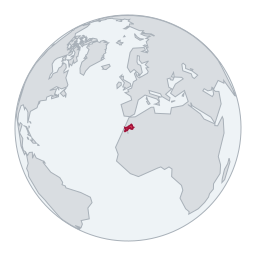 Souss - Massa - Draâ highlighted on a globe, orthographic projection, rotated 348°
{"feature_id": "MAR-1455", "entity_name": "Souss - Massa - Draâ", "entity_type": "Region", "adm_level": 1, "iso_a3": "MAR", "parent_name": "Morocco", "parent_adm1": "", "projection": "orthographic", "projection_center": [-8.042, 30.523], "detail": "fine", "context": "on_globe", "style": "filled", "palette": "rose", "viewbox_px": 256, "rotation_deg": 348, "n_neighbors": 0, "source": "natural_earth", "source_scale": "10m", "svg_char_len": 10544}
<svg xmlns="http://www.w3.org/2000/svg" viewBox="0 0 256 256"><g transform="rotate(348 128 128)"><circle cx="128" cy="128" r="113" fill="#eef3f6" stroke="#a8b0b8"/><path d="M99.3,19.1L97.5,19.6L98.1,19.6L102.3,18.4L103.7,18.2L106.6,17.6L108.0,17.5L105.2,18.5L106.0,18.6L109.0,17.8L112.2,17.4L107.7,18.5L112.9,18.1L109.2,20.5L96.2,24.7L95.4,27.0L85.5,34.3L87.6,34.0L85.2,37.0L86.9,37.8L84.5,39.2L87.8,38.7L89.7,37.3L91.7,36.7L92.8,37.1L90.1,38.9L89.1,38.9L88.9,39.7L87.0,40.5L88.6,40.4L85.1,42.7L90.2,41.2L88.8,43.6L86.0,45.0L84.2,43.8L73.3,45.1L70.0,46.6L67.1,49.7L66.1,57.3L63.2,59.6L60.9,63.5L63.4,62.5L66.1,59.2L70.2,58.6L73.0,54.9L75.1,54.3L78.8,51.1L80.5,52.8L80.1,56.3L77.1,59.1L76.8,60.8L81.5,59.3L77.6,66.0L78.2,73.3L76.9,75.0L71.2,75.9L66.7,72.6L59.3,75.0L66.3,74.8L63.1,79.8L63.5,81.3L65.0,82.0L67.1,80.8L66.5,82.9L59.3,83.5L59.7,81.6L62.0,81.3L59.8,80.0L55.0,80.9L53.7,83.7L47.7,83.2L46.7,85.2L44.9,86.5L46.8,83.1L43.2,89.3L36.0,91.4L30.9,102.4L33.4,91.8L32.8,88.9L31.7,86.5L30.7,88.2L30.4,83.5L28.0,84.0L23.9,91.1L21.5,98.7L22.1,102.9L23.8,100.4L25.2,102.5L21.0,110.2L22.9,116.4L20.9,123.1L21.0,128.2L22.7,129.7L24.2,133.9L26.4,131.4L29.4,131.8L28.3,137.8L30.9,133.9L32.0,138.2L38.6,143.1L37.8,144.1L43.3,155.2L51.0,162.4L52.8,167.6L51.7,169.7L54.7,171.8L54.8,173.6L68.5,181.4L76.8,187.9L77.3,193.5L72.1,197.9L71.2,208.8L62.9,208.8L63.4,212.5L61.4,215.7L56.0,212.4L60.3,216.4L59.5,216.7L56.7,214.8L58.6,216.6L56.7,215.2L59.7,217.5L59.8,217.6L52.2,211.3L45.2,204.4L43.0,201.6L34.3,186.0L31.9,181.4L27.0,173.3L20.8,154.8L21.2,150.4L20.4,146.6L23.0,141.9L23.2,133.2L22.5,130.9L21.2,132.5L19.6,123.3L20.2,115.9L21.5,92.4L23.0,87.9L25.1,83.1L36.3,62.9L26.5,79.4L28.8,74.7L32.7,68.0L33.0,67.7L38.9,59.3L42.4,54.8L51.0,45.9L60.9,38.6L58.2,40.7L60.9,39.0L64.4,36.3L66.0,35.0L79.9,27.8L92.1,22.2L93.8,21.1L95.1,21.1L96.9,19.7L97.1,19.7L99.3,19.1ZM29.1,105.7L31.4,116.1L28.6,113.7L29.4,113.3L29.2,109.9L28.2,105.4L26.2,103.8L29.1,105.7ZM33.5,102.3L33.0,100.9L33.7,101.8L33.5,102.3ZM66.5,34.6L64.3,36.4L60.6,39.0L62.3,37.5L66.5,34.6ZM73.7,30.2L73.1,30.8L70.2,32.2L71.4,31.4L73.7,30.2ZM94.7,20.5L92.6,21.2L94.1,20.7L94.7,20.5ZM106.8,17.5L106.9,17.4L108.3,17.2L106.8,17.5ZM77.6,50.5L78.2,50.8L77.2,51.2L77.6,50.5ZM78.7,48.9L77.2,49.1L77.5,48.4L78.4,48.3L78.7,48.9ZM111.8,16.9L114.0,16.7L111.2,17.1L111.8,16.9ZM80.6,48.8L78.2,47.1L78.7,45.9L82.8,44.5L80.6,48.8ZM115.0,16.7L120.6,16.4L121.3,16.1L122.3,17.1L117.3,16.8L113.7,17.2L115.5,16.8L115.0,16.7ZM89.7,36.7L87.9,38.2L88.4,36.6L89.7,36.7ZM89.6,35.8L88.2,32.2L91.6,30.4L91.3,31.8L94.8,29.4L97.1,30.2L95.7,31.8L93.1,32.7L96.0,32.4L89.6,35.8ZM122.0,17.8L122.9,18.0L121.4,18.0L122.0,17.8ZM92.6,36.3L92.0,35.7L94.8,34.0L96.5,35.0L95.0,35.2L92.6,36.3ZM94.6,28.4L97.0,27.5L99.5,27.9L100.8,27.6L97.4,30.1L94.6,28.4ZM95.0,35.8L97.3,35.6L97.0,36.9L93.3,36.9L95.0,35.8ZM94.9,33.2L96.3,32.5L96.1,33.2L94.9,33.2ZM97.1,41.6L96.4,40.6L97.8,39.6L97.1,41.6ZM98.1,35.5L98.2,35.1L98.7,34.6L100.1,34.8L98.1,35.5ZM99.4,30.3L100.0,30.7L100.9,29.3L102.9,29.7L100.3,31.3L102.2,30.8L102.8,30.9L100.0,32.2L99.4,30.3ZM103.0,33.7L100.3,36.2L101.4,38.1L100.2,39.0L98.7,35.8L103.0,33.7ZM101.5,32.6L102.1,33.5L100.3,34.0L98.7,33.9L101.5,32.6ZM105.1,29.4L102.8,28.3L103.5,28.0L105.1,29.4ZM103.7,34.1L104.3,33.5L103.9,34.1L103.7,34.1ZM105.1,30.7L104.2,30.3L104.9,29.9L105.1,30.7ZM106.3,32.7L105.4,33.4L104.3,33.3L106.3,32.7ZM106.0,31.7L107.3,31.3L104.4,32.8L105.5,31.5L106.0,31.7ZM105.9,30.4L106.1,30.1L106.2,30.6L105.9,30.4ZM111.0,32.9L107.6,34.9L105.2,34.5L108.8,32.6L111.0,32.9ZM141.6,16.2L134.8,15.7L139.4,16.0L139.7,16.1L142.2,16.4L145.3,16.7L144.8,16.6L156.8,19.2L167.0,22.3L164.9,21.6L172.3,24.4L179.5,27.8L186.5,31.7L193.1,36.1L199.4,40.9L205.4,46.1L211.0,51.8L216.1,57.8L220.8,64.2L225.1,70.9L228.9,77.9L232.2,85.2L230.5,81.8L232.4,87.8L236.3,103.0L238.7,112.6L239.2,118.9L235.1,109.3L231.5,101.3L231.1,104.1L226.0,100.2L220.3,107.3L218.5,105.6L217.6,108.2L213.9,108.3L210.7,105.4L208.9,107.2L217.0,114.8L218.8,112.8L219.0,107.0L221.0,110.3L224.5,111.1L224.1,123.8L214.0,141.5L211.4,134.7L195.4,119.5L195.0,116.9L194.8,116.7L194.5,116.2L194.7,120.7L191.4,117.5L201.7,129.2L204.2,135.0L213.9,142.1L213.4,143.7L216.1,144.5L222.6,136.5L223.0,139.0L220.9,152.9L210.4,174.6L210.9,183.3L208.6,191.6L200.1,200.3L198.8,205.5L194.1,209.2L192.4,212.3L187.5,216.7L180.0,221.6L169.5,224.9L170.4,222.6L167.6,219.0L164.3,207.4L168.7,200.2L168.4,195.2L160.6,184.6L162.5,177.2L160.0,174.6L155.1,176.2L152.0,172.9L148.9,173.3L128.1,177.7L120.8,173.1L109.9,157.9L112.9,151.7L111.8,144.3L131.4,117.7L137.4,118.6L155.0,112.5L157.5,113.0L157.5,119.2L172.4,123.1L174.7,117.2L186.1,117.5L192.4,114.6L191.0,103.0L180.7,107.3L176.9,102.9L183.5,94.9L192.2,91.4L191.0,89.6L183.8,87.7L184.1,83.1L181.1,86.8L183.6,88.1L181.8,90.6L179.4,89.6L179.6,87.9L176.5,88.2L176.4,96.6L178.9,98.8L171.8,102.8L175.4,107.1L174.1,110.1L167.6,104.1L166.9,101.3L156.4,95.7L156.5,98.9L166.4,104.5L164.1,104.5L164.3,109.4L162.3,105.7L151.5,99.3L143.9,102.7L137.3,115.7L132.2,117.3L126.7,115.5L126.1,103.6L137.4,101.4L137.3,97.6L132.5,92.8L136.3,92.7L135.7,90.6L139.8,89.7L142.9,83.9L146.6,82.6L145.5,76.3L147.2,74.9L147.4,79.0L149.5,81.3L158.5,78.5L159.5,76.8L158.0,73.0L160.6,73.0L158.0,69.7L162.0,66.7L155.0,67.7L153.1,63.8L154.1,60.1L152.2,59.1L150.5,65.3L151.0,67.7L153.4,69.4L153.5,76.6L150.9,78.5L146.1,72.0L141.9,74.2L139.9,68.5L145.8,54.5L149.5,51.0L160.6,52.7L161.2,55.4L157.4,56.0L163.1,58.7L161.6,56.9L163.8,57.0L162.5,53.7L164.0,53.6L160.2,50.7L161.9,50.2L164.3,52.1L163.8,47.3L166.6,45.8L165.8,44.8L164.1,44.1L168.9,42.9L168.1,42.3L166.2,42.3L163.3,41.1L160.1,38.7L162.0,38.4L163.4,39.2L169.0,40.8L172.5,43.4L172.9,43.1L170.3,40.8L163.4,38.8L161.0,37.4L164.2,38.0L162.8,37.7L162.2,36.9L163.3,36.0L159.7,35.3L150.2,28.6L151.3,26.5L155.3,27.5L150.5,23.5L152.2,22.1L150.4,22.1L147.0,20.6L146.4,21.0L145.4,20.9L136.3,18.1L135.6,17.4L129.7,16.8L128.8,16.9L129.0,17.3L122.3,17.1L121.3,16.1L123.4,15.9L121.4,15.7L126.4,15.5L129.6,15.4L136.3,15.7L137.1,15.7L141.6,16.2ZM126.9,131.3L126.9,133.6L126.9,131.3ZM203.1,93.4L207.2,90.8L202.5,85.5L203.7,84.2L201.6,83.0L202.1,85.2L196.7,81.7L197.4,78.6L195.4,76.1L193.9,76.9L193.5,83.4L201.2,88.2L201.5,91.5L203.1,93.4ZM38.9,143.2L39.6,144.9L38.4,144.2L38.9,143.2ZM27.5,115.7L28.3,117.0L28.5,118.5L27.7,117.9L27.5,115.7ZM36.4,125.1L37.7,126.8L36.0,126.0L36.4,125.1ZM31.9,117.6L35.3,123.9L32.0,123.1L30.0,119.2L31.8,120.5L31.9,117.6ZM31.5,105.1L31.9,106.3L31.2,107.1L31.5,105.1ZM34.0,102.9L33.7,102.8L33.9,101.5L34.0,102.9ZM63.5,79.7L64.1,79.8L65.2,80.9L64.0,81.1L63.5,79.7ZM74.6,81.8L73.3,85.2L73.3,82.8L71.4,83.7L69.0,79.9L76.2,75.8L73.3,78.2L74.6,81.8ZM67.8,74.2L68.5,76.8L67.5,74.2L67.8,74.2ZM128.5,81.1L130.7,82.1L130.4,84.6L125.6,87.1L126.1,83.3L128.5,81.1ZM133.9,83.0L130.4,76.3L133.1,74.8L132.2,76.7L134.4,76.4L133.4,79.5L139.5,84.9L139.6,87.6L130.9,90.1L133.7,87.7L131.4,86.7L133.9,83.0ZM116.4,64.5L115.0,62.3L122.9,61.8L123.4,63.9L118.7,66.3L115.4,65.1L116.4,64.5ZM88.2,46.9L87.1,46.6L87.9,46.0L89.4,45.8L88.2,46.9ZM96.7,41.2L93.7,47.8L92.3,47.7L92.3,52.0L88.6,53.6L88.7,50.7L85.9,55.3L84.5,53.3L83.0,56.6L83.7,49.9L82.4,48.6L85.3,49.4L88.7,48.0L89.8,46.9L91.9,43.1L90.7,39.7L94.0,38.0L96.5,37.7L97.3,38.2L95.0,39.1L97.7,39.2L94.9,40.9L96.7,41.2ZM124.8,38.8L121.8,39.0L126.8,40.7L124.0,41.9L124.8,42.1L123.6,43.8L123.4,46.1L121.9,46.5L122.5,47.3L121.7,48.5L122.0,49.8L119.3,50.9L119.5,52.6L118.1,52.2L119.2,54.8L117.2,53.4L116.0,55.1L118.5,55.6L103.4,59.9L98.5,63.4L95.5,67.2L92.6,64.5L93.5,59.5L96.6,54.0L101.7,51.3L99.5,50.7L101.2,49.3L102.3,50.3L101.7,48.0L103.5,47.2L106.2,43.1L104.4,40.6L105.4,39.2L107.0,39.8L106.8,38.0L110.5,38.3L111.3,37.3L115.7,36.8L118.3,38.7L119.0,37.5L122.3,37.2L124.8,38.8ZM112.2,32.8L116.0,34.5L116.3,36.1L108.5,36.5L107.3,37.3L102.3,37.9L101.9,35.7L103.4,35.7L104.7,35.2L104.3,36.0L105.6,35.0L107.7,35.0L109.3,34.2L110.1,35.0L112.2,32.8ZM159.2,110.2L160.9,110.1L163.4,109.1L163.5,112.3L159.2,110.2ZM151.7,105.9L153.1,105.2L154.6,108.9L152.8,109.2L151.7,105.9ZM152.7,101.7L153.1,104.8L151.8,103.3L152.7,101.7ZM148.6,78.2L149.9,77.3L150.5,78.1L150.3,79.7L148.6,78.2ZM138.9,45.3L137.1,44.9L137.2,44.4L134.4,42.3L136.2,41.4L138.7,42.3L138.9,45.3ZM190.0,105.6L188.9,108.5L187.6,107.9L188.2,107.0L190.0,105.6ZM176.1,110.9L179.9,111.1L176.1,111.8L176.1,110.9ZM140.4,44.0L139.1,43.2L140.8,43.3L140.4,44.0ZM137.4,40.6L139.3,40.5L136.1,41.0L137.4,40.6ZM220.7,182.3L211.8,198.6L208.5,200.9L209.5,197.6L213.8,188.5L218.1,183.6L220.6,178.5L220.7,182.3ZM238.9,113.2L239.9,117.4L240.0,119.5L238.9,113.2ZM154.0,37.0L155.9,40.7L158.5,43.3L161.9,44.2L158.0,44.7L154.0,40.8L154.0,37.0ZM150.5,29.5L147.6,29.0L148.2,28.4L149.0,28.4L150.5,29.5ZM149.1,29.8L146.7,30.8L144.6,30.0L147.0,29.3L149.1,29.8ZM143.7,36.9L144.1,38.0L142.7,37.9L143.7,36.9ZM123.7,17.8L123.0,18.0L122.8,17.7L123.7,17.8ZM145.1,21.2L143.6,21.0L143.5,20.6L145.1,21.2ZM139.3,20.4L140.6,21.0L138.5,20.5L139.3,20.4ZM143.5,22.4L140.7,21.3L144.4,22.2L143.5,22.4Z" fill="#d9dde1" stroke="#a8b0b8" stroke-width="1"/><path d="M133.6,128.5L133.4,128.6L133.2,128.7L133.1,128.9L132.9,129.0L132.7,129.2L132.6,129.4L132.5,129.7L132.3,129.9L132.1,130.0L132.0,129.9L131.9,129.7L131.7,129.8L131.3,129.8L131.0,129.8L130.9,129.8L130.7,129.3L130.6,129.2L130.8,129.0L130.8,128.9L130.7,128.9L130.5,128.6L130.5,128.4L130.5,128.2L130.3,128.1L130.2,128.1L129.9,128.3L129.7,128.3L129.4,128.3L129.3,128.5L129.2,128.6L128.9,128.6L128.7,128.6L128.5,128.8L128.2,128.8L128.0,129.0L127.9,129.1L127.7,129.0L127.4,129.1L127.2,129.1L126.9,129.2L126.9,129.3L126.9,129.5L126.9,129.8L126.9,130.0L127.0,130.1L126.9,130.2L126.6,130.1L126.4,130.1L126.2,130.2L126.1,130.3L125.8,130.3L125.7,130.3L125.4,130.4L125.2,130.4L125.0,130.5L124.9,130.6L124.7,130.6L124.5,130.8L124.4,130.8L124.3,130.7L124.2,130.7L124.1,130.4L124.3,130.3L124.3,130.2L124.5,130.0L124.5,129.9L124.6,129.7L125.0,129.3L125.1,129.0L125.3,128.8L125.3,128.7L125.3,128.4L125.3,128.2L125.2,128.1L125.2,127.9L124.9,127.8L124.9,127.7L125.0,127.5L125.0,127.4L125.0,127.1L125.2,127.3L125.3,127.4L125.5,127.3L125.8,127.3L126.0,127.4L126.3,127.3L126.4,127.2L126.6,127.1L126.8,127.2L126.8,127.3L127.1,127.3L127.5,127.3L127.7,127.2L127.8,127.1L128.0,127.2L128.3,126.9L128.5,126.7L129.2,126.4L129.3,126.3L129.4,126.2L129.5,126.2L129.6,126.3L129.8,126.3L130.1,126.3L130.2,126.2L130.6,125.9L130.8,125.8L131.3,125.6L131.6,125.3L131.7,125.2L132.0,125.1L132.1,125.3L131.9,125.6L131.9,125.8L132.0,125.8L132.3,125.8L132.7,126.1L132.7,126.4L132.6,126.8L132.6,127.0L132.5,127.3L132.6,127.5L132.8,127.7L132.8,127.8L132.8,128.0L133.0,128.1L133.3,128.3L133.6,128.5Z" fill="#f43f5e" stroke="#9f1239" stroke-width="1.5"/></g></svg>